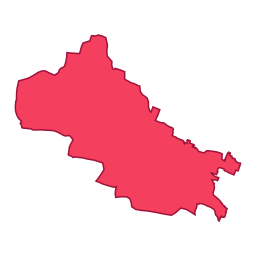 Kota Kediri, Jawa Timur, Indonesia
{"feature_id": "22746128B79918158306090", "entity_name": "Kota Kediri", "entity_type": "district", "adm_level": 2, "iso_a3": "IDN", "parent_name": "Indonesia", "parent_adm1": "Jawa Timur", "projection": "albers", "projection_center": [112.028, -7.823], "detail": "fine", "context": "isolated", "style": "filled", "palette": "rose", "viewbox_px": 256, "rotation_deg": 0, "n_neighbors": 0, "source": "geoboundaries", "source_scale": "gbopen_adm2", "svg_char_len": 5683}
<svg xmlns="http://www.w3.org/2000/svg" viewBox="0 0 256 256"><path d="M98.5,35.0L95.1,36.1L93.7,35.8L91.6,35.7L91.4,35.9L89.9,40.8L83.1,43.0L81.6,46.2L79.6,53.6L71.9,53.1L70.5,53.1L69.3,52.9L68.5,52.8L67.7,52.6L67.0,52.6L66.8,53.9L66.7,56.8L66.5,58.1L66.2,59.7L65.9,61.3L65.5,62.9L65.2,64.1L64.8,65.5L64.3,66.3L63.7,67.0L62.7,67.5L61.7,67.9L60.7,68.5L59.9,69.2L59.3,70.1L58.7,71.5L58.4,72.6L54.7,75.2L49.0,72.8L45.3,70.9L41.7,71.0L37.9,72.5L33.4,75.4L29.9,77.4L26.3,78.8L18.7,80.9L17.1,88.3L16.6,92.5L16.5,97.2L16.4,100.1L16.1,100.6L15.7,101.6L15.7,102.7L15.5,104.2L15.4,105.6L15.4,107.5L15.4,109.0L15.5,110.4L15.7,111.3L16.0,112.6L16.5,114.0L16.9,115.2L17.2,116.0L17.3,116.1L17.5,116.5L18.0,117.5L18.3,117.9L18.8,118.5L18.9,118.8L21.4,121.0L21.5,121.3L21.2,121.6L20.6,122.5L20.3,123.7L20.4,123.9L20.6,123.9L21.1,124.0L21.3,124.9L21.7,126.3L21.8,127.0L21.9,127.7L23.8,128.2L24.6,128.3L25.5,128.3L26.7,128.3L27.3,128.5L28.4,128.8L28.8,128.8L29.6,128.7L30.3,128.6L30.6,128.6L32.1,129.6L32.7,129.8L33.3,129.9L34.3,130.0L34.9,129.9L35.5,130.0L36.5,130.0L37.3,129.9L38.4,129.9L40.3,129.8L41.8,129.9L42.9,129.9L43.9,130.1L45.8,130.1L47.7,130.3L49.9,130.4L51.9,130.5L54.3,130.9L55.6,131.3L57.2,131.9L60.9,133.9L63.2,135.2L63.9,135.5L64.4,135.7L65.1,135.9L65.8,135.9L69.6,135.6L73.1,139.8L70.7,144.1L69.3,147.3L69.2,148.4L69.0,149.9L68.7,152.1L68.5,153.1L68.3,154.4L68.3,154.7L68.5,154.9L69.0,155.2L69.5,155.5L70.8,156.0L71.4,156.2L71.9,156.5L72.4,156.8L72.7,157.2L72.9,157.4L73.0,157.4L73.2,157.5L73.5,157.5L73.9,157.3L74.8,156.8L76.7,157.2L83.1,157.9L87.7,159.1L93.8,160.1L102.7,162.9L104.0,169.5L101.1,174.3L97.6,179.2L96.0,181.1L98.7,182.2L100.6,183.0L103.2,184.1L103.8,184.3L106.2,185.0L108.3,185.7L109.8,186.1L113.4,187.1L114.6,187.2L115.1,187.1L116.3,186.6L116.2,186.9L115.4,191.2L115.2,193.8L115.7,197.4L121.3,196.7L126.8,196.9L129.9,198.9L131.3,203.1L131.7,206.7L135.7,209.4L141.4,210.4L147.9,211.0L155.0,212.2L160.0,213.2L165.4,214.3L171.5,215.2L175.7,212.6L180.7,208.1L186.0,209.3L187.7,210.1L194.8,214.5L195.1,214.7L195.0,213.4L194.5,213.2L194.5,212.8L195.1,211.2L195.1,210.9L196.4,207.8L196.8,206.6L196.9,205.6L196.9,205.2L196.7,204.2L197.8,204.2L198.5,204.2L199.1,203.9L199.2,203.4L201.5,203.7L202.9,204.1L204.8,204.7L206.7,205.7L208.2,206.3L210.7,207.3L212.0,208.1L214.5,209.9L215.7,214.9L217.8,217.3L217.8,218.5L218.7,220.9L219.2,221.0L219.3,220.5L219.9,219.2L220.7,217.4L220.4,217.3L220.8,216.7L220.8,216.8L222.1,217.2L223.0,217.2L223.1,216.9L223.7,217.2L224.7,217.0L226.2,212.2L225.7,211.9L226.3,210.7L226.6,209.9L226.7,209.6L227.1,208.6L225.8,207.8L224.7,207.2L224.9,206.6L225.0,206.4L224.3,205.9L223.2,205.4L222.3,203.8L222.0,203.3L221.4,202.7L219.1,199.8L217.8,198.6L215.2,196.5L213.2,194.9L213.2,193.5L213.4,191.6L214.0,190.0L214.5,187.1L214.3,186.3L214.2,186.0L214.0,185.1L214.0,184.8L214.3,184.2L214.4,183.8L214.3,183.5L213.1,182.3L212.9,181.8L212.6,181.2L212.0,180.2L211.9,179.8L216.4,180.0L217.5,180.7L218.1,179.5L218.3,178.8L218.8,177.8L217.6,177.2L217.1,177.5L214.6,176.1L213.0,174.9L212.5,174.4L212.3,174.1L211.6,173.6L211.2,173.0L211.9,173.2L213.5,173.6L214.8,173.9L216.5,174.6L216.6,174.2L217.2,173.0L217.9,171.5L217.2,171.0L218.1,168.4L219.6,167.6L221.0,167.9L223.3,168.8L224.3,169.3L224.4,169.6L224.2,170.0L224.2,170.3L224.5,170.7L225.4,170.9L227.3,171.9L228.5,172.6L229.1,172.9L230.8,173.6L232.0,174.1L232.9,174.5L233.9,174.9L234.8,172.8L235.4,171.4L235.5,171.1L235.9,170.2L238.2,170.9L238.6,169.6L239.7,165.7L239.9,165.8L240.0,165.3L240.6,163.2L239.7,163.0L239.3,163.0L238.9,163.1L236.9,162.3L236.6,162.1L236.7,161.5L235.3,161.1L235.4,160.3L235.2,160.0L235.2,159.8L235.2,159.2L234.9,158.9L234.7,158.6L234.2,158.7L233.8,158.6L233.0,158.6L232.6,158.1L232.7,157.7L231.9,157.4L231.8,156.7L231.9,156.1L231.0,155.9L230.8,155.8L229.7,155.3L230.5,153.2L229.4,152.5L228.6,152.2L228.2,152.8L227.8,153.7L227.5,153.5L226.6,155.4L225.9,157.2L225.2,158.8L224.9,159.4L225.4,159.6L224.8,161.0L221.9,159.3L222.2,153.9L219.5,152.7L215.1,151.6L206.9,150.6L203.9,152.9L199.0,151.6L196.3,148.1L195.6,147.6L195.3,148.2L195.0,148.0L194.4,147.8L193.8,147.4L192.9,147.0L192.4,146.8L192.8,145.7L194.2,145.9L194.4,145.5L194.0,145.3L194.1,144.9L193.4,144.5L189.5,142.9L190.3,140.9L189.0,140.3L187.4,139.8L186.9,140.8L187.0,141.4L187.2,142.0L186.9,143.5L185.0,142.6L184.4,143.8L184.3,143.7L184.1,143.5L184.0,143.3L183.9,142.8L183.8,142.3L183.8,141.9L183.9,141.5L183.5,140.9L183.4,140.7L183.2,140.6L182.7,140.4L181.7,140.0L180.2,139.4L179.1,138.9L178.2,138.6L177.4,138.3L176.5,137.5L175.9,137.2L174.9,136.7L172.1,135.6L173.1,133.1L173.1,132.6L172.6,131.8L173.4,129.3L173.2,128.8L173.2,128.7L173.0,128.4L172.9,128.2L172.6,128.1L172.3,127.9L171.8,127.7L170.5,127.1L170.2,127.0L169.8,126.8L169.5,126.8L169.1,126.8L168.9,126.6L168.7,126.4L168.5,126.2L168.2,126.1L167.8,125.9L167.4,125.6L166.8,125.2L166.2,124.7L165.9,124.6L165.6,124.4L165.4,124.1L165.2,123.9L164.1,123.1L163.7,122.9L163.0,122.9L162.1,122.9L160.7,122.6L160.3,122.5L159.5,122.3L158.4,121.8L157.5,121.4L156.5,121.0L156.0,120.8L155.3,120.4L155.7,119.5L156.1,118.9L156.7,117.5L156.9,117.1L157.4,116.1L157.6,115.5L158.0,114.6L158.4,113.7L159.3,111.0L159.6,110.2L159.8,109.7L158.1,109.0L153.0,106.9L152.6,108.0L151.9,109.8L151.6,110.6L151.5,110.9L151.3,111.4L151.1,112.1L150.1,111.4L148.5,107.5L148.4,101.6L147.0,97.9L142.5,94.7L140.3,91.5L139.7,86.0L137.9,85.5L133.6,83.4L132.8,83.2L131.8,83.0L130.5,82.5L129.2,81.6L127.6,80.8L124.6,79.1L124.7,77.8L124.7,73.8L124.7,72.7L124.6,71.7L120.4,70.0L120.3,69.9L115.6,68.5L115.2,68.4L115.1,69.2L114.7,69.2L113.5,69.1L112.6,69.0L112.4,67.4L111.7,65.3L111.9,61.4L107.2,56.0L106.8,50.3L107.5,45.5L105.8,37.7L102.4,36.1L98.5,35.0Z" fill="#f43f5e" stroke="#9f1239" stroke-width="1.5"/></svg>